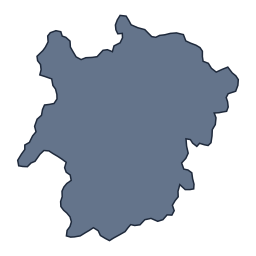 the district of Pedra do Anta, Minas Gerais, Brazil
{"feature_id": "56859067B84251367202805", "entity_name": "Pedra do Anta", "entity_type": "district", "adm_level": 2, "iso_a3": "BRA", "parent_name": "Brazil", "parent_adm1": "Minas Gerais", "projection": "natural_earth1", "projection_center": [-42.727, -20.595], "detail": "fine", "context": "isolated", "style": "filled", "palette": "slate", "viewbox_px": 256, "rotation_deg": 0, "n_neighbors": 0, "source": "geoboundaries", "source_scale": "gbopen_adm2", "svg_char_len": 2113}
<svg xmlns="http://www.w3.org/2000/svg" viewBox="0 0 256 256"><path d="M24.8,145.0L24.8,149.5L21.4,154.2L17.7,160.3L18.7,165.8L22.8,166.5L27.4,166.7L31.0,163.0L35.0,161.3L37.4,157.9L39.9,154.3L43.9,150.5L48.9,150.9L53.2,153.7L57.8,156.4L62.0,159.2L66.2,162.3L64.6,167.7L66.2,172.2L70.2,175.0L71.2,180.4L66.8,183.5L63.9,187.0L62.0,191.2L62.2,196.7L60.6,201.6L60.9,206.6L63.6,210.2L66.8,213.0L70.0,216.8L71.4,221.8L70.0,226.5L67.1,230.4L66.4,235.9L70.6,237.1L74.3,236.9L80.2,235.9L85.5,232.6L89.3,230.4L93.4,227.7L98.2,230.7L100.4,235.5L105.4,238.5L109.5,240.6L113.6,238.0L119.3,234.9L125.1,231.6L128.1,227.6L130.7,224.6L134.7,225.5L140.0,224.8L144.8,219.7L151.0,218.4L157.7,221.3L162.9,219.7L167.1,214.9L171.9,215.1L174.2,210.7L172.4,205.2L175.2,200.5L178.2,196.8L178.0,191.3L179.8,184.6L185.2,189.6L189.9,189.6L193.7,188.9L194.0,184.2L192.6,178.7L191.8,172.8L188.0,170.0L183.8,169.1L181.6,163.0L185.8,158.4L188.2,153.2L186.6,146.2L186.0,138.8L190.4,139.6L192.6,143.1L196.8,146.4L199.6,143.3L204.5,144.8L208.1,145.5L211.0,142.7L212.0,136.0L212.3,129.6L215.3,124.6L216.0,117.8L214.2,113.0L219.0,112.7L223.0,111.9L226.6,111.3L228.2,107.0L227.6,101.8L226.2,97.5L228.2,93.7L235.7,91.2L237.9,85.3L238.3,79.6L235.8,75.8L232.2,72.9L227.8,67.1L222.1,69.4L216.2,72.1L211.4,68.3L208.3,63.3L203.1,61.3L202.4,56.7L202.4,51.2L200.0,47.6L196.0,45.2L190.7,43.2L185.8,40.9L183.4,34.6L176.5,32.9L170.3,33.4L164.7,34.8L159.6,35.4L155.8,37.3L151.7,36.6L148.5,33.4L144.8,29.6L137.7,27.7L131.1,24.8L128.7,20.3L126.1,16.1L120.1,15.4L117.3,19.9L115.4,25.0L115.9,29.8L117.8,33.8L122.3,33.4L122.5,37.8L120.1,42.8L114.0,45.9L112.4,51.7L107.4,49.7L103.0,50.3L100.1,53.4L97.1,56.7L92.1,57.4L85.9,57.7L81.1,59.6L76.1,56.9L72.9,51.5L70.4,47.1L70.0,41.1L65.8,37.3L62.2,36.1L60.8,31.7L55.9,30.7L50.3,32.7L47.7,36.0L48.1,41.9L45.3,47.3L42.9,50.6L40.0,53.4L37.0,56.3L37.6,60.7L40.5,64.5L41.1,69.7L39.8,74.9L44.9,76.5L51.7,78.9L52.9,85.5L55.5,89.0L56.9,94.5L57.0,99.0L54.0,103.5L49.4,104.4L44.5,105.0L42.5,109.6L41.5,115.3L37.1,119.2L34.6,126.3L36.0,131.8L32.6,135.9L29.4,142.4L24.8,145.0Z" fill="#64748b" stroke="#1e293b" stroke-width="1.5"/></svg>